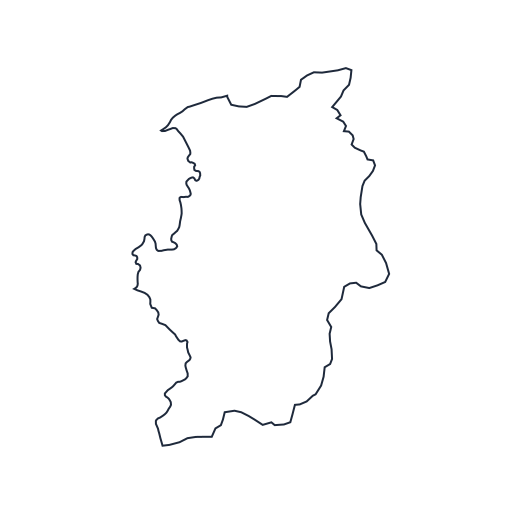 Braslaw, Vitebsk, Belarus (Mercator projection), rotated 153°
{"feature_id": "67162791B18102707107362", "entity_name": "Braslaw", "entity_type": "district", "adm_level": 2, "iso_a3": "BLR", "parent_name": "Belarus", "parent_adm1": "Vitebsk", "projection": "mercator", "projection_center": [27.102, 55.56], "detail": "fine", "context": "isolated", "style": "outline", "palette": "slate", "viewbox_px": 512, "rotation_deg": 153, "n_neighbors": 0, "source": "geoboundaries", "source_scale": "gbopen_adm2", "svg_char_len": 4513}
<svg xmlns="http://www.w3.org/2000/svg" viewBox="0 0 512 512"><g transform="rotate(153 256 256)"><path d="M425.4,129.4L418.9,127.0L408.7,124.8L399.8,124.8L391.7,122.1L384.6,118.6L377.5,115.0L370.4,120.8L364.1,121.2L359.7,125.3L354.8,131.0L345.4,127.9L340.1,123.5L335.2,116.8L331.6,111.0L326.7,102.5L317.8,100.8L316.1,96.8L307.6,93.2L300.9,92.3L295.6,98.1L288.9,105.7L284.4,103.9L276.9,103.4L268.9,105.7L265.7,105.7L256.8,111.0L250.6,117.7L245.3,125.7L239.0,126.1L235.0,129.7L231.0,138.6L228.8,146.2L225.7,153.3L221.2,158.6L221.7,166.7L217.2,172.0L208.8,174.7L199.4,178.7L195.8,183.1L191.4,188.5L184.7,188.9L178.9,186.7L176.3,181.3L169.6,176.0L161.1,174.7L152.7,174.2L145.5,179.6L143.3,190.7L143.3,200.0L146.0,206.3L143.3,212.1L143.3,221.4L144.0,236.1L143.4,245.2L139.6,255.0L136.0,260.9L132.3,266.0L129.4,270.0L125.0,273.8L118.8,275.8L113.2,278.7L108.8,282.7L108.2,288.0L112.8,291.4L112.5,294.8L112.5,300.0L114.8,302.5L118.8,307.6L120.2,311.9L115.9,315.9L115.1,319.6L116.8,324.7L121.0,327.3L116.8,331.0L117.3,336.1L121.6,342.1L116.8,343.0L117.3,349.2L120.5,354.1L115.1,356.4L107.9,359.5L102.8,363.8L95.4,366.3L90.8,371.8L86.6,378.3L90.6,382.6L98.8,384.3L106.5,386.9L113.9,389.4L121.0,393.4L128.5,393.7L135.9,392.6L140.4,386.9L145.8,385.7L156.1,383.7L160.7,386.9L169.8,391.7L175.8,391.7L188.0,392.0L196.6,393.1L203.4,397.1L209.4,402.0L209.4,410.8L208.9,411.9L215.0,413.1L219.1,414.9L223.3,415.9L228.0,416.6L231.1,416.9L235.8,417.4L243.3,418.6L247.3,419.2L249.2,419.7L252.9,419.1L255.8,418.3L258.9,418.0L261.8,418.0L264.3,417.7L267.3,417.0L269.8,415.9L271.8,414.4L275.1,412.5L277.8,411.6L281.4,411.1L283.6,410.9L283.1,410.0L280.3,408.7L277.1,408.4L274.2,408.0L272.1,407.8L269.8,406.5L269.1,405.4L268.6,402.5L267.7,399.4L266.8,395.4L266.8,391.9L266.8,386.7L266.8,383.8L266.9,379.8L267.7,377.6L268.4,376.6L269.9,376.0L272.0,374.9L272.9,373.8L273.2,371.5L272.1,369.1L270.9,368.8L269.9,367.7L268.8,366.1L269.0,364.5L270.6,363.6L271.4,362.0L271.8,360.6L270.9,359.1L268.7,357.7L268.1,356.6L268.2,355.2L269.1,353.1L270.3,352.1L271.0,351.2L271.6,350.6L272.7,350.0L274.2,349.9L275.0,350.1L275.7,351.1L275.7,352.1L275.7,353.2L276.5,354.7L277.9,355.1L279.6,355.2L280.9,355.1L282.3,354.6L284.2,353.9L285.1,352.5L285.5,351.0L285.3,348.5L285.1,347.0L285.1,345.2L285.2,344.3L285.6,342.3L285.9,341.1L286.5,340.3L287.6,339.8L288.8,339.6L289.9,339.6L290.8,340.2L291.6,340.6L292.5,340.9L293.9,341.4L295.0,342.1L296.0,342.7L297.5,342.6L298.0,342.0L298.7,340.5L299.1,337.9L299.7,335.6L300.8,332.3L301.7,330.2L302.9,327.7L303.8,326.4L305.8,323.8L307.9,321.3L308.7,320.1L310.1,318.1L311.3,316.6L312.8,315.5L314.8,314.2L316.6,313.8L318.7,313.2L320.2,312.9L321.3,312.6L322.3,311.6L323.7,309.9L324.3,308.6L324.3,306.8L323.3,305.8L322.1,304.1L321.5,302.2L321.8,300.4L323.3,299.5L324.3,299.3L326.1,299.2L327.8,299.8L329.0,300.4L330.1,300.9L331.5,301.7L333.4,302.3L335.5,303.0L337.9,303.5L340.8,304.9L341.6,306.5L341.6,308.0L341.3,309.1L340.5,311.1L339.9,312.5L339.5,314.7L339.7,317.5L339.9,319.3L340.2,321.0L340.7,322.5L341.6,323.9L343.0,324.6L345.2,324.6L346.6,323.5L347.6,321.9L349.1,320.0L351.7,318.3L353.1,317.7L356.6,317.1L360.1,316.9L363.0,316.1L364.2,315.5L365.2,313.9L364.9,312.3L363.8,311.6L362.5,310.3L362.4,308.9L363.1,307.3L365.3,305.9L366.1,305.1L366.2,303.3L364.8,302.5L363.7,300.4L363.7,299.9L364.2,297.9L365.6,296.3L368.0,295.2L369.7,293.3L371.0,291.2L372.1,289.1L373.4,286.3L373.9,285.0L375.0,283.5L376.1,282.6L378.0,282.1L379.4,282.0L377.2,279.2L374.5,276.5L372.0,273.7L370.3,270.7L369.7,267.7L369.9,265.2L371.0,263.0L372.0,261.3L372.4,257.2L369.7,255.2L369.0,252.7L368.7,250.1L369.4,247.9L370.6,246.7L372.7,244.7L372.9,242.6L372.6,240.3L370.6,238.3L368.1,235.5L366.3,229.7L365.0,226.1L363.7,222.8L363.7,220.8L363.2,216.6L362.4,214.4L361.0,213.5L359.3,213.4L357.1,213.1L356.2,212.3L356.1,210.4L357.1,209.4L357.7,208.4L359.0,205.8L359.4,203.9L360.2,200.8L360.2,197.8L360.3,195.4L361.2,194.3L362.5,193.5L363.6,193.3L365.8,192.9L367.4,192.3L368.7,190.4L369.2,188.6L369.8,185.4L370.2,182.4L371.5,179.8L373.5,178.8L375.2,178.3L377.6,178.3L379.2,178.3L380.9,178.5L382.6,179.3L384.6,179.4L386.2,178.7L389.0,177.6L390.6,177.2L393.2,176.8L395.5,176.5L397.8,175.6L399.6,174.9L400.4,173.3L400.1,171.6L399.2,170.2L398.5,168.4L398.3,166.3L398.3,164.5L399.3,162.0L400.9,160.7L403.0,159.6L405.0,158.2L406.9,157.1L409.1,156.4L411.3,156.0L414.8,155.6L417.1,155.8L419.5,155.0L420.1,154.5L421.4,151.8L421.5,150.0L421.7,146.7L422.3,144.4L422.8,141.7L423.9,137.1L424.7,132.9L425.4,129.4Z" fill="none" stroke="#1e293b" stroke-width="2"/></g></svg>